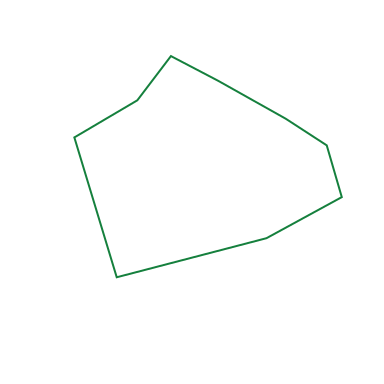 the state/province of Cospicua, rotated 213°
{"feature_id": "MLT-5955", "entity_name": "Cospicua", "entity_type": "state/province", "adm_level": 1, "iso_a3": "MLT", "parent_name": "Malta", "parent_adm1": "", "projection": "albers", "projection_center": [14.521, 35.88], "detail": "fine", "context": "isolated", "style": "outline", "palette": "green", "viewbox_px": 384, "rotation_deg": 213, "n_neighbors": 0, "source": "natural_earth", "source_scale": "10m", "svg_char_len": 284}
<svg xmlns="http://www.w3.org/2000/svg" viewBox="0 0 384 384"><g transform="rotate(213 192 192)"><path d="M320.4,173.7L287.8,239.1L283.7,294.5L230.7,299.5L153.3,304.5L104.4,304.5L63.6,269.3L104.4,193.8L208.7,79.5L320.4,173.7Z" fill="none" stroke="#15803d" stroke-width="2"/></g></svg>